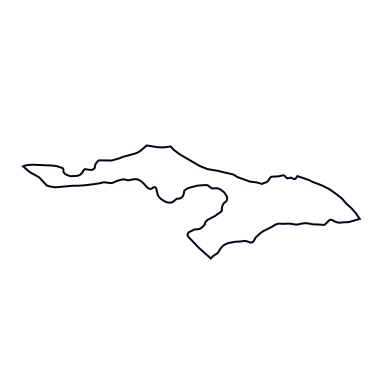 the district of San Felipe, Retalhuleu, Guatemala, rotated 225°
{"feature_id": "79465075B46607071550315", "entity_name": "San Felipe", "entity_type": "district", "adm_level": 2, "iso_a3": "GTM", "parent_name": "Guatemala", "parent_adm1": "Retalhuleu", "projection": "natural_earth1", "projection_center": [-91.601, 14.638], "detail": "fine", "context": "isolated", "style": "outline", "palette": "ink", "viewbox_px": 384, "rotation_deg": 225, "n_neighbors": 0, "source": "geoboundaries", "source_scale": "gbopen_adm2", "svg_char_len": 3355}
<svg xmlns="http://www.w3.org/2000/svg" viewBox="0 0 384 384"><g transform="rotate(225 192 192)"><path d="M81.7,256.5L77.7,260.1L76.3,261.3L75.2,262.2L75.0,263.9L75.0,267.0L75.0,268.1L74.9,269.4L74.4,270.3L73.1,271.3L72.2,271.6L70.9,271.7L68.5,272.9L67.3,273.5L65.8,274.8L65.0,275.8L63.2,277.9L60.8,280.6L59.7,281.8L58.2,284.7L55.9,288.8L54.4,291.6L61.6,292.9L68.5,293.3L71.9,293.0L74.8,292.9L79.9,293.3L82.1,293.3L88.8,292.5L96.5,291.2L103.8,288.9L108.9,286.7L114.0,284.3L117.4,283.3L121.6,281.3L127.8,278.2L128.7,277.8L128.2,274.4L129.1,273.2L132.3,272.1L133.0,270.9L133.9,269.3L135.2,268.8L137.7,268.9L138.6,268.8L139.5,268.1L140.4,266.6L141.1,265.5L142.0,264.1L146.5,259.1L146.9,257.4L146.1,254.0L146.1,252.4L146.5,250.9L147.2,249.9L147.7,248.8L148.1,247.3L153.3,244.3L158.3,240.4L169.9,234.9L175.3,233.5L183.0,228.7L188.3,225.5L197.3,219.1L204.8,215.9L226.7,210.1L234.7,208.9L239.3,209.1L243.4,203.7L247.7,199.6L256.9,192.9L257.6,184.3L258.3,181.6L259.4,179.0L265.7,167.9L267.4,164.0L271.2,157.3L280.1,148.7L280.4,146.9L280.2,144.9L279.9,143.6L279.0,141.7L277.8,140.4L277.8,138.6L278.4,136.9L279.4,135.8L283.9,132.4L284.1,131.3L283.8,129.8L283.3,128.5L283.2,125.6L283.8,123.7L284.4,122.5L289.0,117.3L292.1,115.8L294.5,114.9L297.0,115.3L298.3,116.5L299.2,117.2L300.4,117.4L306.2,114.5L310.8,110.8L312.2,109.4L324.1,98.5L328.0,94.0L329.6,90.7L321.1,91.3L310.3,94.3L299.2,93.9L295.9,95.8L292.0,98.6L281.0,111.8L276.7,116.2L272.5,121.0L269.1,125.3L267.4,127.5L263.8,132.4L261.1,136.7L255.9,140.7L255.1,141.5L254.3,143.2L253.1,146.2L251.7,149.1L250.5,151.0L249.4,152.5L248.1,153.4L246.8,154.3L245.7,154.9L244.7,156.0L243.9,157.2L243.0,158.7L241.7,160.4L240.5,161.7L239.2,162.5L236.9,163.3L234.8,163.7L231.8,163.8L228.8,163.6L227.0,163.6L226.1,163.6L224.0,164.4L222.9,165.7L222.6,167.7L222.0,169.0L220.9,169.4L219.9,169.2L219.0,168.7L217.3,167.7L215.2,166.3L213.6,165.6L212.6,165.3L211.0,165.1L209.2,165.1L208.2,165.3L205.9,165.8L203.4,166.5L201.4,167.7L199.8,169.1L198.9,170.4L198.5,171.3L198.4,172.6L198.2,175.3L197.9,176.5L197.1,177.6L196.0,178.7L195.5,181.3L195.5,182.6L196.2,184.3L197.4,186.2L198.2,187.0L198.3,188.5L197.7,191.3L196.9,193.1L192.9,200.0L189.2,204.4L186.9,206.9L185.8,207.7L184.8,208.0L182.7,208.3L181.1,208.5L180.3,208.8L179.2,209.8L178.2,211.1L177.4,211.9L176.5,212.6L174.7,213.6L173.1,214.0L171.8,214.1L170.7,214.3L168.6,214.5L164.7,213.6L163.2,212.9L162.5,212.2L161.4,210.4L161.3,208.9L161.5,207.6L161.5,206.4L161.2,205.1L160.6,203.5L159.4,201.5L157.8,200.3L157.5,198.7L158.9,190.8L161.3,183.1L161.3,180.5L160.6,179.0L159.9,177.9L159.9,174.7L160.3,171.6L162.0,169.2L163.7,167.4L165.8,161.2L165.5,159.5L164.7,158.4L163.0,157.7L147.4,157.4L131.7,158.3L131.8,160.3L131.7,161.5L131.4,163.7L131.1,164.9L130.8,166.1L130.7,167.4L131.3,169.9L131.8,172.2L132.0,173.5L132.0,175.2L131.8,177.6L130.3,181.5L126.2,187.4L125.4,188.3L122.6,191.4L121.2,193.4L120.2,194.6L119.2,195.4L117.2,196.5L114.7,197.7L113.7,199.3L113.7,201.0L114.1,202.5L114.7,204.5L114.8,205.7L114.7,207.5L114.6,209.4L114.5,211.9L113.9,214.7L111.2,223.0L110.7,224.5L110.5,225.6L109.6,228.8L108.9,230.1L107.7,231.6L104.6,234.3L103.4,235.8L102.3,236.9L101.6,237.6L100.8,238.5L99.5,239.5L98.2,240.4L97.1,241.3L95.7,242.3L94.4,243.6L93.6,244.8L91.9,247.5L90.0,249.9L89.0,250.9L85.8,253.2L84.3,254.2L83.3,254.9L81.7,256.5Z" fill="none" stroke="#020617" stroke-width="2"/></g></svg>